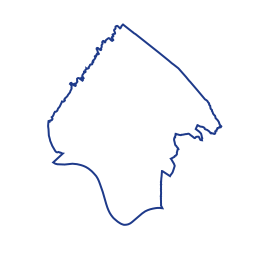 Phra Samut Chedi, Samut Prakan, Thailand, rotated 136°
{"feature_id": "78962969B59575898831596", "entity_name": "Phra Samut Chedi", "entity_type": "district", "adm_level": 2, "iso_a3": "THA", "parent_name": "Thailand", "parent_adm1": "Samut Prakan", "projection": "equal_earth", "projection_center": [100.494, 13.559], "detail": "fine", "context": "isolated", "style": "outline", "palette": "blue", "viewbox_px": 256, "rotation_deg": 136, "n_neighbors": 0, "source": "geoboundaries", "source_scale": "gbopen_adm2", "svg_char_len": 5644}
<svg xmlns="http://www.w3.org/2000/svg" viewBox="0 0 256 256"><g transform="rotate(136 128 128)"><path d="M59.7,205.9L61.5,205.9L63.3,205.3L63.7,205.1L64.5,205.2L64.6,208.2L64.8,208.9L65.5,209.4L66.5,209.6L66.8,209.4L67.3,208.8L68.0,208.2L68.5,208.1L69.5,208.3L70.2,207.9L71.2,205.5L71.7,204.9L72.1,205.0L73.5,205.8L74.2,205.9L74.3,205.7L74.4,204.8L74.6,204.4L74.8,204.2L75.0,204.1L75.5,204.2L75.9,204.6L76.1,204.6L77.0,204.2L77.3,201.9L77.5,201.5L77.8,201.5L78.9,201.7L79.0,202.0L79.2,203.0L79.1,205.3L79.4,206.0L79.8,206.2L82.4,206.5L83.4,206.4L84.6,205.6L85.1,205.6L85.2,205.8L85.1,207.4L85.2,207.7L85.5,207.9L85.9,207.9L86.6,207.8L87.1,207.5L87.4,206.7L87.8,206.3L89.5,205.9L89.8,205.6L90.0,205.2L90.5,204.7L91.2,204.3L92.3,204.0L92.4,203.9L92.6,203.2L92.8,203.0L93.4,202.9L93.6,203.1L93.9,204.3L94.0,206.2L94.3,206.8L94.5,207.0L95.1,207.1L95.7,206.7L96.1,205.2L97.0,203.5L97.4,202.6L97.3,202.0L97.4,201.7L97.5,201.6L97.8,201.8L98.2,201.9L98.5,201.9L98.8,202.9L99.5,202.8L99.8,202.5L100.4,202.4L100.6,202.0L101.0,201.8L101.8,202.6L102.1,202.6L102.4,202.1L102.5,201.3L102.7,201.2L103.4,200.9L105.0,200.7L106.2,200.8L106.3,200.7L106.3,200.3L106.5,200.2L106.8,200.5L107.0,200.5L107.1,200.2L107.2,199.6L107.7,199.5L107.9,199.9L108.1,199.9L109.4,198.8L110.0,198.9L110.8,199.7L111.3,199.8L112.9,199.2L114.1,199.0L114.5,198.4L115.0,198.4L115.4,198.7L115.8,198.7L116.2,199.0L116.4,199.2L116.5,199.8L116.8,199.4L118.6,199.3L119.2,198.6L119.5,197.9L119.9,197.8L120.1,197.9L120.3,198.3L120.3,198.9L120.5,199.1L121.5,198.2L123.2,197.9L124.0,197.7L124.5,197.4L125.0,196.8L125.2,195.1L125.4,194.6L125.7,194.6L126.2,196.4L126.6,196.6L127.0,196.5L127.2,196.4L127.2,194.0L127.2,193.8L127.3,193.7L127.9,193.7L128.6,197.9L128.8,198.2L129.4,198.7L130.0,198.8L130.4,198.8L130.6,198.6L131.9,197.2L132.1,196.6L132.4,196.4L133.1,196.4L134.0,196.1L135.1,196.2L135.2,196.7L135.6,196.9L135.6,196.0L135.8,195.1L136.2,194.8L136.6,194.8L137.0,195.6L137.3,196.4L137.5,197.6L137.4,199.8L137.5,199.9L138.0,200.2L138.5,200.2L139.1,200.0L139.0,199.5L139.3,197.7L139.9,196.8L140.7,196.3L140.9,195.8L142.1,195.1L143.6,194.7L144.8,194.0L145.8,193.8L148.2,193.5L149.2,193.1L151.1,193.0L152.4,193.1L153.9,192.8L154.1,192.6L154.1,191.8L154.4,191.6L155.9,191.7L156.2,191.8L156.7,192.3L156.9,192.7L157.0,192.9L157.1,193.0L157.4,192.8L157.9,192.5L162.1,190.9L163.2,190.7L164.7,190.6L165.9,190.1L166.3,189.8L167.0,189.6L168.2,189.7L168.8,190.0L169.3,190.4L169.5,190.3L170.5,190.1L172.6,189.1L173.9,188.7L175.0,188.7L175.4,188.8L175.5,188.6L175.6,187.8L175.9,187.1L176.4,186.8L176.9,186.8L177.3,186.6L178.2,186.9L178.5,187.4L179.0,187.5L180.0,187.0L180.1,187.3L180.1,188.1L180.3,188.2L181.9,186.9L184.0,185.0L184.6,184.3L185.9,182.5L190.2,177.5L192.0,174.2L192.9,172.8L194.9,167.7L196.3,162.0L196.3,160.6L196.0,159.9L195.8,159.6L194.6,159.0L194.0,157.4L193.6,157.2L193.3,156.4L193.2,155.7L192.6,154.9L205.7,155.2L205.1,152.8L204.0,151.0L198.9,145.7L192.8,140.9L189.8,137.4L188.3,135.1L187.5,133.8L186.5,131.9L185.9,130.5L185.3,128.9L184.6,126.2L184.1,122.1L184.1,119.3L184.2,117.0L184.3,115.4L184.9,112.7L185.8,110.1L187.2,106.9L190.6,99.5L196.5,88.4L198.1,85.1L199.2,82.4L200.1,79.6L200.6,77.3L200.9,74.9L201.0,73.1L200.8,70.7L200.5,67.8L199.9,65.1L199.4,63.5L198.7,62.1L198.2,61.2L197.5,60.5L196.1,59.4L194.6,58.5L192.5,57.8L190.2,57.5L177.2,56.7L173.5,56.1L170.9,55.2L168.5,54.1L166.1,52.7L164.0,51.3L162.4,50.1L161.0,48.8L159.0,46.4L158.1,49.3L157.9,49.6L157.0,50.3L156.3,51.2L154.7,52.8L154.5,53.1L153.9,53.8L153.6,54.1L153.3,54.3L153.1,54.7L152.5,55.2L152.2,55.6L151.9,55.7L151.8,56.2L151.4,56.4L151.0,56.8L150.7,56.9L150.5,57.2L149.3,58.3L147.6,60.3L147.2,60.5L147.0,60.9L146.6,61.1L146.4,61.6L145.7,62.1L144.9,63.0L144.3,63.5L144.2,63.8L143.6,64.5L143.2,64.5L143.1,64.9L142.4,65.5L142.2,65.9L141.9,66.0L141.7,66.4L141.3,66.5L141.1,66.9L140.8,67.0L138.6,69.0L138.0,69.4L133.5,73.4L133.2,73.1L131.2,64.2L130.3,64.5L127.2,65.0L126.6,65.2L124.0,66.5L122.9,67.1L120.7,68.3L119.8,70.3L118.5,75.7L118.5,76.1L114.6,75.0L114.1,75.3L113.7,75.3L112.8,74.9L112.3,75.1L111.7,75.0L111.0,75.2L109.7,76.6L109.1,76.8L108.5,77.3L107.6,77.7L107.2,78.1L106.4,77.8L106.0,79.1L106.0,80.5L105.7,81.8L105.9,82.5L105.8,82.8L105.3,83.9L104.6,84.9L103.4,87.0L102.6,88.0L101.4,88.7L100.7,88.5L100.3,89.2L98.9,89.6L98.5,90.2L97.8,90.7L97.4,90.2L97.1,89.4L96.6,88.7L96.1,87.7L95.0,86.2L94.7,86.0L94.3,86.0L93.2,85.1L90.7,83.5L89.9,82.8L88.7,82.1L88.4,81.8L88.1,81.1L88.0,79.9L87.5,76.9L87.3,75.1L87.1,74.5L86.7,74.2L85.6,74.3L85.0,74.2L83.6,73.1L83.3,72.7L83.3,72.4L83.3,72.0L84.2,69.3L84.0,68.7L83.3,67.8L82.8,68.6L81.7,69.0L81.1,70.3L80.4,71.3L79.4,73.1L79.3,73.8L79.3,75.9L80.0,80.2L76.0,81.8L75.9,81.7L75.6,80.4L75.1,79.1L74.5,78.1L73.9,77.5L73.1,76.0L73.0,74.7L73.3,74.3L73.4,73.8L73.1,73.0L72.3,71.4L72.2,70.5L72.0,69.6L72.0,67.8L72.2,67.0L72.1,66.5L72.0,66.4L71.6,66.6L71.4,66.5L71.1,65.5L70.4,64.8L70.3,64.1L70.1,63.8L69.7,63.6L69.2,63.5L68.3,64.0L67.6,65.0L67.1,64.9L66.3,64.5L65.5,65.2L64.7,65.1L64.4,65.2L64.1,65.7L63.6,65.8L63.2,65.4L62.2,65.0L61.9,65.1L61.9,64.8L61.7,64.6L61.0,64.9L60.7,64.9L60.6,64.5L60.5,64.1L60.1,64.1L60.1,63.7L59.7,64.5L59.8,65.6L59.7,66.3L59.3,67.7L58.7,68.7L58.4,69.7L58.1,71.3L58.1,73.6L58.2,74.1L57.4,75.4L56.9,76.4L57.0,77.5L56.8,79.3L56.1,80.6L55.8,82.0L55.3,82.3L55.1,82.7L55.1,82.9L55.2,83.9L55.1,84.6L54.8,85.0L54.5,85.4L54.1,86.2L53.6,86.6L53.4,87.1L53.5,88.0L53.4,88.4L53.2,88.7L52.6,89.3L52.5,89.6L52.6,90.6L52.2,92.0L52.2,92.5L52.3,93.7L52.6,94.7L52.7,95.2L51.9,106.5L51.2,117.9L51.2,119.7L50.8,124.3L50.3,135.3L50.3,136.1L51.1,141.8L51.5,144.1L51.9,148.4L53.5,161.4L57.4,190.5L57.8,191.8L59.7,205.9Z" fill="none" stroke="#1e3a8a" stroke-width="2"/></g></svg>